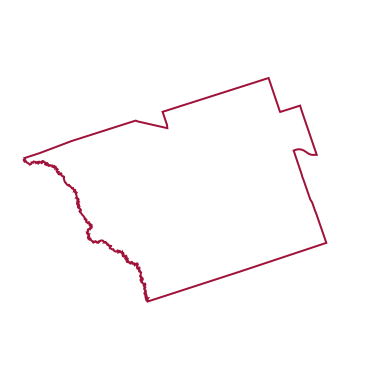 outline of Monash, Victoria, Australia, rotated 153°
{"feature_id": "25037944B65284638011134", "entity_name": "Monash", "entity_type": "district", "adm_level": 2, "iso_a3": "AUS", "parent_name": "Australia", "parent_adm1": "Victoria", "projection": "equal_earth", "projection_center": [145.196, -37.897], "detail": "fine", "context": "isolated", "style": "outline", "palette": "rose", "viewbox_px": 384, "rotation_deg": 153, "n_neighbors": 0, "source": "geoboundaries", "source_scale": "gbopen_adm2", "svg_char_len": 6091}
<svg xmlns="http://www.w3.org/2000/svg" viewBox="0 0 384 384"><g transform="rotate(153 192 192)"><path d="M89.7,128.0L90.0,131.7L87.2,151.7L86.8,155.7L86.2,158.4L82.6,182.8L79.8,182.4L77.8,181.8L77.2,181.5L75.0,179.9L73.6,178.3L70.7,173.2L69.3,171.5L67.9,170.4L64.0,168.5L57.6,213.2L56.5,219.9L77.1,223.3L77.1,224.1L72.0,258.8L181.8,276.8L183.7,263.9L183.8,263.1L185.0,260.1L208.3,279.5L209.8,281.2L276.2,292.1L310.0,295.8L325.7,298.3L325.6,297.9L325.7,297.2L327.1,297.2L327.4,296.9L327.3,296.3L327.5,295.7L327.4,295.0L327.2,295.0L326.7,295.6L325.8,294.5L325.8,294.4L326.1,294.1L325.5,292.7L324.7,291.8L324.1,290.0L323.3,290.1L322.5,290.0L321.6,291.2L320.1,290.2L319.8,290.9L319.3,291.0L317.6,289.8L317.5,289.5L317.7,288.8L316.7,288.9L316.7,288.0L316.2,287.2L316.0,287.3L315.8,288.4L315.5,288.7L315.1,288.6L315.0,287.6L314.7,287.4L314.0,288.0L312.9,286.8L312.9,286.1L312.2,286.1L311.4,287.5L310.9,287.4L310.5,286.9L311.1,286.3L310.3,286.0L309.3,284.8L310.0,283.8L308.3,283.7L307.9,283.5L307.7,283.1L307.7,282.9L308.0,282.7L309.4,282.6L309.6,282.4L309.5,282.1L308.7,282.2L307.6,281.6L307.5,281.2L308.0,280.6L307.9,280.4L307.1,280.2L306.3,280.4L306.1,280.2L306.3,279.7L304.3,279.0L303.7,278.0L304.7,277.6L303.9,276.6L303.6,276.5L303.0,277.3L302.8,277.4L302.6,276.8L302.0,276.3L302.2,275.7L303.1,274.8L302.0,274.6L301.7,274.1L301.5,273.1L302.1,273.1L303.0,272.5L302.7,271.5L303.1,270.8L302.9,270.6L301.8,270.5L301.6,270.3L302.7,269.5L302.8,268.6L302.1,267.9L301.3,268.3L300.2,268.1L300.1,267.4L300.8,266.6L300.4,265.1L300.3,264.8L299.5,264.4L299.1,263.8L299.3,263.1L299.6,263.0L299.9,262.6L300.3,261.5L300.7,259.0L300.7,258.3L300.3,257.9L300.4,257.0L299.9,255.0L298.5,254.2L299.0,253.5L297.8,252.5L297.8,251.6L297.4,250.9L297.4,250.0L296.4,249.6L296.8,249.1L296.5,248.5L296.4,247.7L295.5,247.3L295.3,247.0L296.5,246.2L295.7,246.0L295.5,245.7L295.6,245.3L296.3,244.9L296.3,244.2L296.1,244.0L295.3,244.2L295.1,243.8L295.8,243.4L296.3,242.7L296.5,242.3L296.4,241.5L296.9,239.9L297.7,239.5L296.9,239.1L296.9,238.9L297.4,238.1L296.8,237.9L296.4,237.5L296.4,237.0L296.9,236.3L297.2,236.4L298.1,236.1L297.6,235.6L297.3,234.6L298.0,234.6L298.5,234.1L299.2,234.5L299.4,234.4L299.8,233.7L299.8,233.1L299.6,233.0L298.8,233.7L298.5,233.7L298.4,233.5L298.5,231.8L298.8,231.7L299.3,232.0L299.6,231.9L299.9,231.4L299.3,230.8L299.1,230.4L300.3,230.3L300.5,230.0L300.2,229.0L299.6,228.7L299.2,227.2L299.1,226.4L299.5,226.0L300.0,226.4L301.0,225.9L300.9,224.8L300.5,224.5L300.2,221.8L299.5,219.3L299.4,217.6L299.8,216.8L299.0,216.6L299.1,215.7L298.7,214.8L299.0,214.4L299.5,214.7L299.6,214.1L299.8,213.1L299.2,212.5L299.0,211.7L297.9,212.0L297.6,211.8L298.2,211.3L297.8,210.4L298.3,209.4L298.2,208.8L298.0,208.7L297.1,209.5L296.4,208.1L296.6,207.9L297.1,208.2L297.3,207.9L297.4,207.5L297.1,206.5L297.2,206.2L297.7,205.7L297.9,205.8L298.2,206.7L298.5,206.9L298.7,206.6L298.7,205.9L299.6,205.1L299.8,205.0L300.1,205.7L301.5,205.9L302.3,205.2L302.3,204.4L302.5,204.0L303.0,203.7L303.8,203.8L303.7,203.4L304.3,202.9L304.2,202.6L303.3,202.1L302.9,201.5L303.9,201.5L303.5,200.0L303.6,199.3L303.9,199.1L304.0,199.8L304.3,199.9L305.5,198.6L305.6,197.6L305.3,197.2L305.1,196.4L304.3,196.9L304.0,197.0L303.7,196.8L303.9,196.0L303.7,195.3L303.8,194.7L303.4,194.1L302.9,191.7L302.4,191.7L302.3,192.3L301.9,192.5L301.2,191.7L300.5,191.9L300.3,191.3L299.7,191.1L299.8,190.4L299.7,190.0L298.5,189.3L297.8,189.5L297.7,190.3L297.4,190.4L296.8,190.0L296.2,189.9L295.8,190.2L295.4,190.2L293.8,189.4L293.4,188.9L293.5,188.0L293.0,187.5L292.1,187.1L291.5,186.3L291.5,186.1L292.1,186.1L291.6,185.8L291.5,185.1L290.8,184.4L291.4,183.8L291.4,183.3L291.1,182.9L290.4,182.7L290.3,181.4L290.1,181.2L289.5,181.4L288.6,180.7L288.8,180.5L290.0,180.5L290.7,179.5L290.6,178.9L289.9,178.4L289.0,176.9L288.1,176.7L288.2,175.3L287.2,173.7L286.7,173.4L285.5,173.0L285.0,173.7L284.8,173.7L284.4,173.1L284.5,172.6L284.2,172.3L284.9,171.6L284.4,171.5L283.2,172.2L282.8,171.7L283.0,171.2L282.5,170.0L281.5,170.3L281.8,169.6L281.1,169.2L280.9,169.0L281.0,168.5L281.6,169.0L281.5,168.5L282.0,168.0L281.8,167.3L282.5,167.3L282.5,166.6L282.7,166.2L282.4,165.8L282.1,166.3L281.6,166.3L281.4,165.5L280.9,165.0L280.5,164.8L279.8,165.1L279.6,165.0L279.9,163.4L280.2,163.0L280.5,163.0L280.7,163.6L281.7,163.0L281.6,162.6L280.9,162.7L280.0,162.0L281.0,161.7L280.6,161.1L281.5,160.6L281.6,160.3L281.3,160.0L280.5,160.0L280.3,159.9L280.6,159.5L281.3,159.4L281.5,159.0L280.0,158.2L280.0,157.4L279.7,157.2L279.5,156.3L279.2,156.1L279.0,156.3L279.0,156.9L278.8,157.1L278.0,156.6L277.6,157.1L277.4,157.0L277.1,156.4L277.3,155.5L277.1,154.5L276.0,154.7L275.6,154.2L276.0,153.1L275.4,153.3L275.1,152.8L275.0,152.7L274.6,153.0L274.6,153.4L273.5,153.4L273.3,153.2L273.7,152.9L273.4,152.8L273.2,152.4L273.2,152.0L273.6,151.6L274.0,151.6L274.3,152.0L274.7,151.8L274.5,151.2L274.9,150.5L274.7,150.1L275.4,149.3L275.4,148.4L275.1,148.1L274.8,148.2L274.5,149.2L273.2,148.5L273.4,147.9L274.5,146.9L274.2,146.3L274.2,146.1L275.1,145.6L275.2,145.3L275.0,144.9L274.3,145.0L273.9,143.3L274.5,142.8L274.9,142.1L275.8,141.0L276.3,140.8L276.5,140.5L276.3,140.0L275.8,139.7L276.5,139.0L276.4,138.2L276.2,138.0L276.0,138.4L275.7,138.4L274.9,137.4L275.6,137.7L276.0,137.5L276.0,137.2L275.4,136.9L275.6,136.4L277.6,137.2L277.9,136.9L277.7,136.0L277.1,136.4L276.7,136.1L276.8,135.7L278.0,135.0L277.9,134.8L277.3,134.9L277.6,134.1L277.3,133.4L277.4,132.8L276.0,131.8L275.4,131.6L275.6,130.5L275.8,130.3L276.3,130.2L276.4,130.8L277.3,130.6L277.6,130.4L277.3,129.0L277.8,128.4L277.4,128.4L277.1,128.7L276.9,128.5L276.9,128.1L277.8,127.6L278.6,126.7L278.6,126.1L278.1,125.6L278.6,125.0L278.3,124.5L279.5,124.1L280.5,123.2L280.4,122.9L279.9,123.0L279.5,123.2L279.1,123.6L279.0,122.8L279.1,122.5L279.7,122.0L280.3,121.7L280.8,120.4L280.8,120.2L280.5,120.1L279.6,120.5L279.8,119.7L281.1,119.0L280.9,118.8L280.1,118.8L280.2,118.6L280.8,118.3L280.8,117.8L279.8,117.7L279.3,117.4L280.7,116.9L281.6,117.2L281.8,116.2L281.6,116.1L281.1,116.5L280.3,115.3L280.6,115.0L282.2,114.7L185.3,99.3L95.4,85.7L91.2,115.8L91.1,116.2L90.9,119.2L89.7,128.0Z" fill="none" stroke="#9f1239" stroke-width="2"/></g></svg>